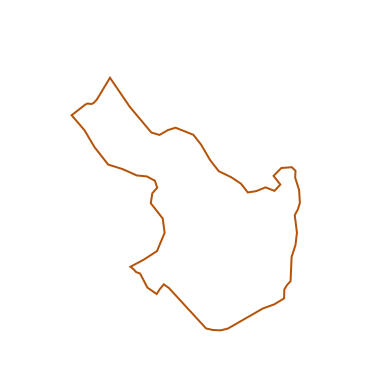 SVG path tracing the border of Masindi, rotated 322°
{"feature_id": "UGA-3102", "entity_name": "Masindi", "entity_type": "District", "adm_level": 1, "iso_a3": "UGA", "parent_name": "Uganda", "parent_adm1": "", "projection": "robinson", "projection_center": [31.719, 1.811], "detail": "fine", "context": "isolated", "style": "outline", "palette": "amber", "viewbox_px": 384, "rotation_deg": 322, "n_neighbors": 0, "source": "natural_earth", "source_scale": "10m", "svg_char_len": 1004}
<svg xmlns="http://www.w3.org/2000/svg" viewBox="0 0 384 384"><g transform="rotate(322 192 192)"><path d="M286.6,239.0L282.1,244.3L277.6,256.4L270.3,267.0L264.7,270.9L258.7,273.5L249.7,288.6L240.9,297.5L230.5,304.5L214.8,322.9L209.7,323.8L204.8,325.6L199.1,332.5L187.8,331.2L176.1,327.4L136.2,321.7L129.3,318.6L123.5,313.6L119.1,308.2L117.9,293.3L114.7,253.4L112.9,247.4L107.3,248.6L101.3,250.6L98.0,239.9L100.9,224.3L98.7,220.8L98.4,216.7L97.4,213.0L112.3,215.6L128.1,217.0L145.3,207.3L152.6,194.9L152.6,175.5L159.9,168.6L167.2,167.2L169.7,160.3L166.0,151.9L158.7,145.0L151.4,131.2L142.8,118.7L142.8,96.6L145.3,77.2L144.4,57.4L161.9,57.4L164.2,58.0L166.9,60.7L169.0,61.3L173.8,60.6L197.7,51.5L195.4,86.9L196.6,120.1L201.5,127.0L211.2,128.4L218.6,131.2L223.5,139.5L228.3,147.8L228.3,160.3L225.9,178.2L225.9,192.1L232.0,204.5L235.7,215.6L235.7,226.7L243.0,230.8L252.8,233.6L257.7,241.9L266.2,240.5L266.2,229.5L277.2,228.1L285.9,233.9L286.6,239.0Z" fill="none" stroke="#b45309" stroke-width="2"/></g></svg>